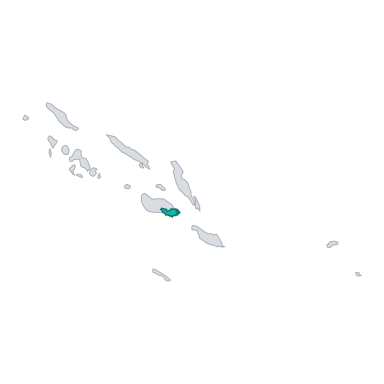 East Guadalcanal, Guadalcanal, Solomon Islands (highlighted)
{"feature_id": "97153195B16319119687534", "entity_name": "East Guadalcanal", "entity_type": "district", "adm_level": 2, "iso_a3": "SLB", "parent_name": "Solomon Islands", "parent_adm1": "Guadalcanal", "projection": "robinson", "projection_center": [160.747, -9.822], "detail": "fine", "context": "in_parent", "style": "filled", "palette": "teal", "viewbox_px": 384, "rotation_deg": 0, "n_neighbors": 0, "source": "geoboundaries", "source_scale": "gbopen_adm2", "svg_char_len": 6673}
<svg xmlns="http://www.w3.org/2000/svg" viewBox="0 0 384 384"><path d="M145.6,193.8L152.3,199.3L155.1,198.8L163.8,198.9L168.9,202.8L171.9,204.6L173.6,208.1L175.7,208.9L177.0,210.7L177.8,213.9L174.6,215.7L172.7,216.2L167.6,215.0L162.8,212.5L153.2,212.2L148.8,211.5L147.2,210.5L145.8,209.3L143.6,206.2L141.8,202.6L141.5,200.5L141.4,196.6L141.9,195.1L143.7,193.6L145.6,193.8ZM175.7,161.0L183.1,171.2L182.8,173.0L181.8,174.2L181.5,177.6L182.5,178.9L184.5,179.5L188.0,183.2L189.5,189.0L190.9,191.0L191.0,195.3L194.3,201.2L194.5,204.1L194.2,205.3L192.9,204.6L188.9,197.9L184.4,195.0L183.9,193.7L179.4,189.8L176.4,183.2L173.1,171.5L174.6,168.7L170.9,163.0L171.1,161.5L173.7,161.8L174.2,161.1L175.7,161.0ZM148.6,166.1L149.6,169.3L145.5,166.5L142.4,163.0L133.7,159.2L131.8,157.3L130.3,157.0L125.8,153.8L121.4,151.7L118.0,147.8L116.4,147.1L113.6,144.1L110.9,142.1L110.0,138.4L107.4,135.9L106.7,134.8L115.1,136.8L118.9,140.8L122.2,143.1L123.4,144.8L126.3,147.0L129.0,147.2L131.7,149.5L134.1,150.1L136.0,151.3L148.4,161.5L146.9,164.2L148.6,166.1ZM204.7,231.9L208.4,233.9L210.6,233.5L213.9,234.9L216.4,234.1L217.9,235.9L221.8,242.9L221.8,245.1L224.4,246.7L222.2,247.1L219.2,246.2L216.9,246.8L214.5,245.4L210.4,244.7L206.8,243.1L199.3,238.0L199.4,235.4L198.2,234.2L197.8,231.0L195.1,230.0L192.0,229.8L191.8,228.3L192.3,225.6L194.7,225.6L197.5,226.8L204.7,231.9ZM77.5,127.4L78.5,128.6L76.1,130.7L73.1,129.6L72.3,127.8L70.2,128.2L65.9,127.2L60.0,122.3L53.7,113.1L47.6,108.0L46.5,106.4L46.3,103.8L47.1,102.8L50.9,103.9L55.8,108.1L63.7,112.5L65.9,114.7L67.3,120.0L68.7,121.6L73.0,125.7L77.5,127.4ZM85.9,158.6L87.8,161.4L90.0,167.6L89.6,169.7L88.0,169.9L87.6,171.2L85.5,168.2L82.7,167.4L80.6,165.5L79.7,159.5L78.1,159.1L73.5,159.7L72.0,161.7L69.9,161.1L69.5,159.3L69.8,157.5L72.6,155.8L73.2,153.6L75.9,149.8L77.7,149.1L80.9,150.5L81.3,155.9L82.5,157.7L85.9,158.6ZM170.5,280.0L168.4,281.2L166.5,280.6L165.0,279.7L163.8,277.1L161.3,275.5L157.7,274.8L155.8,273.1L153.3,272.6L152.6,271.2L152.8,269.7L153.2,268.9L155.5,269.6L166.7,276.6L170.5,280.0ZM53.5,147.7L52.9,148.1L51.9,146.3L51.2,145.7L51.2,143.7L48.2,140.3L47.9,138.0L49.7,135.8L52.0,137.1L54.4,139.9L57.1,140.8L56.6,142.7L54.1,146.1L53.5,147.7ZM68.7,153.1L67.4,154.5L64.2,154.3L61.7,150.8L61.7,148.2L63.6,145.8L66.0,145.4L67.3,146.3L68.5,148.3L68.9,150.8L68.7,153.1ZM96.3,173.7L93.3,176.4L91.1,175.5L89.4,173.1L90.3,169.6L92.0,168.9L93.0,167.7L96.2,168.6L97.0,169.3L95.1,171.0L96.1,172.4L96.3,173.7ZM337.3,244.5L332.3,245.3L330.4,247.7L327.8,247.5L327.0,245.4L327.0,244.5L328.3,244.6L329.1,242.6L330.5,241.7L334.0,241.2L338.1,242.3L337.2,244.1L337.3,244.5ZM199.7,205.8L199.8,210.8L197.6,208.1L196.5,209.0L195.5,207.8L195.7,202.0L194.1,196.5L195.4,197.1L199.7,205.8ZM74.6,174.7L74.7,175.2L73.0,174.2L69.3,169.6L70.0,168.1L73.3,165.1L74.3,164.7L75.3,166.5L74.5,169.3L73.4,170.0L72.9,172.5L74.6,174.7ZM158.2,184.3L160.8,184.7L165.4,189.3L164.3,190.7L162.2,189.9L161.4,190.2L160.8,188.7L158.4,187.3L156.3,187.2L156.0,185.6L158.2,184.3ZM128.8,188.7L125.2,188.2L124.2,187.0L125.4,185.3L127.0,184.2L128.4,185.2L130.0,185.5L130.1,187.7L128.8,188.7ZM27.9,119.5L24.9,120.3L23.0,119.2L23.9,116.6L24.9,115.2L28.7,117.6L27.9,119.5ZM143.7,167.7L142.3,168.1L140.2,166.9L139.3,165.7L139.7,163.9L140.9,163.3L142.4,164.5L142.5,165.7L143.7,167.7ZM361.0,275.5L358.3,276.1L357.3,275.9L355.5,273.0L356.8,272.3L358.8,272.6L359.3,274.3L361.0,275.5ZM82.4,176.2L82.3,177.4L80.6,177.1L76.7,175.2L76.6,174.4L78.8,174.1L80.4,174.3L82.4,176.2ZM51.3,153.6L50.6,157.0L49.1,152.8L49.4,149.3L50.0,148.9L51.3,153.6ZM100.6,177.5L98.4,178.5L97.7,177.2L99.3,173.5L100.6,177.5Z" fill="#d9dde1" stroke="#a8b0b8" stroke-width="1"/><path d="M162.9,212.2L163.2,212.3L163.2,212.2L163.2,212.3L163.4,212.3L163.7,212.5L164.1,212.8L164.3,213.0L164.4,213.3L164.6,213.4L164.9,213.6L165.3,214.0L165.7,214.6L165.9,215.1L166.0,215.1L166.3,214.9L166.6,214.8L166.9,214.8L167.0,214.8L167.2,214.7L167.5,214.8L167.8,214.9L167.9,215.0L168.1,215.0L168.3,215.1L168.5,215.1L168.8,215.2L168.8,215.3L169.0,215.4L169.2,215.5L169.3,215.5L169.6,215.7L169.7,215.8L169.8,216.0L170.2,215.8L170.4,215.8L170.5,215.8L170.9,216.0L171.0,216.1L171.3,216.4L171.5,216.5L171.9,216.8L171.9,216.7L172.1,216.8L172.2,216.7L172.1,216.4L172.3,216.2L173.0,215.9L173.8,215.5L174.1,215.4L174.2,215.5L174.4,215.5L174.5,215.4L174.9,215.3L175.2,215.3L175.3,215.3L175.5,215.4L175.6,215.2L175.8,215.1L176.0,214.9L176.0,215.0L176.4,214.9L176.5,214.9L176.4,214.9L176.6,214.9L176.8,214.8L176.9,214.6L177.0,214.7L177.3,214.6L177.3,214.4L177.4,214.5L177.4,214.4L177.6,214.3L177.7,214.2L177.8,214.2L178.1,213.9L178.1,213.7L178.1,213.4L177.9,213.2L177.7,213.2L177.5,212.9L177.4,212.8L177.4,212.7L177.3,212.3L177.3,212.2L177.2,212.0L177.2,211.9L177.2,211.7L176.9,211.5L177.0,211.4L176.9,211.4L177.0,211.3L177.3,211.3L177.3,211.1L177.6,210.9L177.5,210.7L177.3,210.6L177.2,210.8L177.3,210.8L177.2,210.9L177.3,210.9L177.2,210.9L177.2,210.7L177.0,210.4L177.0,210.5L176.9,210.5L176.9,210.4L176.8,210.2L176.7,210.2L176.7,210.3L176.6,210.2L176.5,210.3L176.5,210.2L176.3,210.1L176.3,209.9L176.4,209.7L176.2,209.6L176.3,209.6L176.2,209.5L175.9,209.4L175.7,209.3L175.4,209.3L174.2,209.1L172.7,209.1L171.2,208.9L170.5,210.0L170.0,210.0L169.5,210.3L168.2,211.3L167.3,211.3L167.1,210.9L166.9,210.8L166.5,210.7L166.2,210.8L166.1,210.7L166.3,210.4L166.5,210.2L166.5,209.9L166.6,209.5L163.9,208.8L162.1,208.5L161.9,208.3L160.7,209.4L162.7,211.3L162.8,211.8L163.0,211.9L163.0,212.1L162.9,212.1L162.9,212.2ZM179.6,212.3L179.6,212.2L179.4,212.1L179.2,211.6L178.9,211.6L178.7,211.5L178.8,211.7L178.9,212.0L179.1,212.2L179.2,212.5L179.3,212.7L179.2,212.7L178.8,212.7L178.8,212.8L178.8,213.0L179.0,213.0L179.3,212.9L179.5,213.0L179.5,212.6L179.6,212.3ZM178.2,211.2L178.1,211.3L177.9,211.3L177.7,211.3L177.6,211.5L177.7,211.8L177.5,211.7L177.4,211.8L177.4,212.0L177.5,212.1L177.8,212.1L177.9,211.9L178.0,211.9L178.1,211.7L178.1,211.4L178.2,211.2ZM177.9,212.8L177.8,212.7L177.7,212.3L177.6,212.2L177.3,212.1L177.4,212.3L177.4,212.6L177.5,212.7L177.6,213.0L177.7,212.9L177.8,212.9L177.9,212.8ZM178.7,213.1L178.4,212.8L178.2,212.7L178.1,212.8L178.2,213.0L178.3,213.1L178.6,213.2L178.7,213.1ZM176.9,210.0L176.9,209.9L176.9,210.0L176.8,209.9L176.7,209.8L176.6,209.7L176.4,209.6L176.5,209.7L176.6,209.8L176.8,209.9L176.8,210.0L176.9,210.0ZM178.4,212.4L178.2,212.4L178.3,212.5L178.4,212.4ZM178.8,212.8L178.7,212.6L178.7,212.8L178.8,212.8ZM177.5,209.8L177.4,209.7L177.3,209.8L177.5,209.8ZM178.3,212.1L178.2,212.1L178.3,212.1ZM178.9,213.1L178.8,213.3L178.8,213.2L178.9,213.1ZM179.8,212.2L179.7,212.1L179.8,212.2L179.8,212.2ZM177.0,210.0L176.9,210.0L177.0,210.0L177.0,210.0ZM176.6,210.0L176.6,209.9L176.6,210.0Z" fill="#14b8a6" stroke="#0f766e" stroke-width="1.5"/></svg>